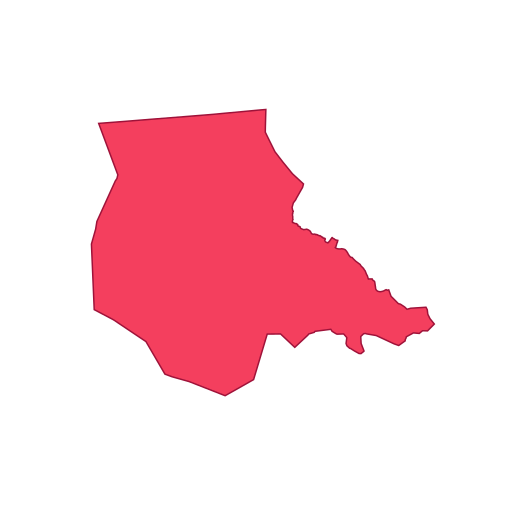 the district of Ori Ire, Oyo, Nigeria, rotated 288°
{"feature_id": "59680162B81796058650879", "entity_name": "Ori Ire", "entity_type": "district", "adm_level": 2, "iso_a3": "NGA", "parent_name": "Nigeria", "parent_adm1": "Oyo", "projection": "natural_earth1", "projection_center": [4.162, 8.245], "detail": "fine", "context": "isolated", "style": "filled", "palette": "rose", "viewbox_px": 512, "rotation_deg": 288, "n_neighbors": 0, "source": "geoboundaries", "source_scale": "gbopen_adm2", "svg_char_len": 4195}
<svg xmlns="http://www.w3.org/2000/svg" viewBox="0 0 512 512"><g transform="rotate(288 256 256)"><path d="M113.6,269.8L137.7,291.9L185.2,290.8L189.4,303.3L189.5,303.4L181.1,321.1L196.8,329.8L198.1,330.2L201.4,335.0L202.6,335.4L209.4,349.8L207.9,351.6L206.9,355.6L206.7,357.2L208.9,363.3L208.8,363.7L206.9,366.9L206.3,367.6L200.6,368.7L198.7,370.2L197.3,373.3L197.2,373.6L197.2,374.7L196.1,379.0L195.1,384.1L195.6,386.0L198.6,388.0L199.0,388.1L205.3,383.0L211.8,380.5L215.4,382.4L216.2,384.4L216.1,385.2L217.5,394.9L215.1,414.6L215.0,419.4L221.4,424.1L222.3,423.8L224.3,424.0L224.5,424.1L225.6,423.9L231.5,429.5L232.8,435.2L236.4,437.5L237.8,442.3L246.4,446.6L250.2,440.8L253.7,437.4L257.8,435.5L259.8,433.5L254.1,419.2L252.0,416.1L253.4,413.3L254.8,408.3L254.7,406.1L259.4,396.9L264.8,392.7L264.0,391.4L264.2,390.2L263.4,389.3L262.2,388.2L261.3,386.9L260.4,385.2L260.2,384.1L260.1,382.6L260.5,381.5L260.9,380.9L261.1,380.5L261.3,380.3L261.6,380.1L262.3,379.7L262.8,379.5L263.4,379.2L263.9,379.0L264.3,378.7L264.8,378.5L265.1,378.4L265.5,378.1L265.9,378.0L266.1,377.9L266.3,377.8L266.5,377.7L266.8,377.5L267.0,377.4L267.3,377.3L267.5,377.2L267.8,377.0L268.0,376.9L268.3,376.7L268.5,376.5L268.6,376.3L268.7,376.0L268.8,375.6L268.9,375.3L269.0,375.1L269.0,374.9L269.1,374.6L269.3,374.4L269.4,374.2L269.6,374.0L269.8,373.8L270.1,373.6L270.1,373.4L270.0,373.2L269.9,373.0L269.8,372.9L269.8,372.7L269.6,372.3L269.5,371.6L269.2,370.9L269.1,370.6L268.8,370.0L271.5,368.1L271.8,367.8L272.7,366.8L275.6,364.4L276.7,362.8L277.3,362.3L279.1,358.8L280.1,357.7L281.9,352.4L283.4,349.4L284.3,347.9L284.2,347.5L284.2,346.8L284.2,346.2L285.0,344.8L286.3,343.1L286.9,342.6L287.6,341.8L288.4,340.8L289.1,339.7L289.6,338.7L289.6,338.2L289.7,337.5L289.6,336.7L289.4,335.2L289.0,334.5L288.7,333.8L288.3,332.6L288.1,331.3L288.1,330.8L288.1,330.5L288.1,330.1L288.5,328.8L289.0,328.9L289.3,329.0L289.6,329.1L289.8,329.1L290.1,329.1L290.4,329.1L290.6,329.0L290.8,329.0L291.0,329.1L291.3,329.1L291.5,329.1L291.8,329.0L292.0,329.0L292.3,329.0L292.5,329.0L292.9,329.0L293.0,329.0L293.4,329.0L293.7,329.1L293.8,329.1L294.1,329.0L294.4,329.1L294.5,329.0L294.8,329.0L295.0,329.0L295.3,329.0L295.6,329.1L296.1,329.0L296.0,328.6L296.1,328.3L296.1,327.9L296.0,327.6L295.9,327.4L295.9,327.1L295.9,326.8L296.0,326.4L296.0,326.2L296.1,325.9L296.3,325.5L296.4,325.2L296.5,324.8L296.5,324.6L296.5,324.0L296.6,323.7L296.8,323.4L297.0,323.1L297.1,322.8L297.0,322.6L296.8,322.5L296.5,322.5L296.2,322.4L295.8,322.2L295.5,322.1L295.1,322.0L294.8,321.9L294.6,321.9L294.4,321.8L294.2,321.7L293.7,321.6L293.3,321.5L293.0,321.4L292.8,321.3L292.5,321.1L292.2,321.0L291.9,320.9L291.7,320.9L291.5,320.7L291.2,320.6L290.7,320.3L290.8,319.4L290.8,319.1L290.7,318.7L290.9,317.8L291.1,317.5L291.4,317.2L292.1,316.5L292.4,316.4L293.2,316.7L293.7,316.6L294.1,316.0L294.0,314.8L293.8,314.7L294.0,313.9L294.5,313.5L294.3,313.0L294.6,312.3L294.7,311.9L295.0,311.3L294.9,310.9L295.1,310.5L294.9,310.1L294.8,309.7L295.0,309.1L295.0,308.8L294.9,308.3L295.2,307.7L295.1,307.3L295.0,306.9L295.1,306.6L294.8,306.3L294.8,305.9L295.0,305.6L295.0,305.4L295.0,305.1L294.7,304.4L294.5,304.1L294.3,303.3L294.3,303.1L294.5,301.8L296.3,300.0L297.0,298.0L297.2,296.0L296.5,294.7L295.8,293.2L295.9,291.3L296.1,289.9L296.8,289.3L297.5,288.8L297.6,288.2L297.4,287.5L297.5,286.8L298.0,286.5L298.1,286.2L298.5,286.2L298.6,285.8L298.8,285.4L299.1,285.1L299.3,284.7L299.2,284.3L299.2,283.9L299.0,283.5L299.0,282.5L299.1,282.0L299.2,281.6L299.2,281.4L299.1,280.9L299.4,280.6L299.3,280.3L299.8,280.0L300.6,279.9L301.4,279.7L302.2,279.9L302.7,279.5L303.4,279.2L304.2,279.0L305.0,278.7L305.6,278.3L306.4,278.0L307.1,277.8L307.7,277.6L308.1,277.8L308.4,277.6L308.8,277.5L309.0,277.5L309.7,277.7L310.2,277.6L310.5,276.9L310.9,276.7L313.4,275.3L318.0,275.1L321.8,276.4L323.5,276.6L335.7,279.1L339.2,278.9L345.5,265.2L353.6,252.6L361.0,241.8L370.0,233.0L376.6,226.6L381.1,225.2L398.4,220.1L396.0,214.4L381.4,180.5L378.4,173.6L375.4,166.5L355.5,118.5L343.4,89.4L333.5,65.4L290.5,99.5L286.7,99.8L283.9,99.0L239.7,94.0L232.0,95.2L216.5,95.8L155.0,118.7L151.3,140.1L140.6,177.8L115.5,205.9L115.2,213.4L115.9,231.1L113.6,269.8Z" fill="#f43f5e" stroke="#9f1239" stroke-width="1.5"/></g></svg>